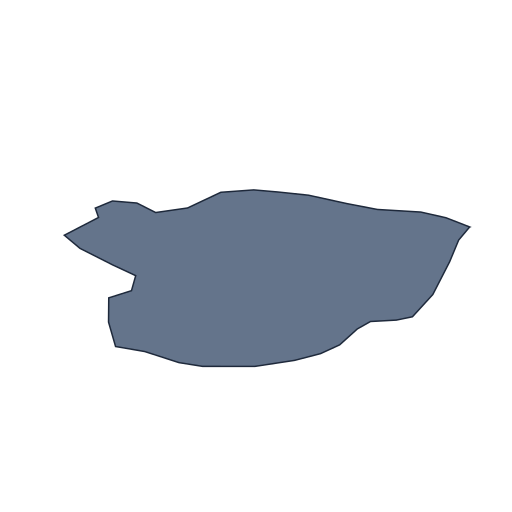 outline of Pano Polemidia, Limassol, Cyprus, rotated 310°
{"feature_id": "46923920B12019442550554", "entity_name": "Pano Polemidia", "entity_type": "district", "adm_level": 2, "iso_a3": "CYP", "parent_name": "Cyprus", "parent_adm1": "Limassol", "projection": "robinson", "projection_center": [32.992, 34.711], "detail": "fine", "context": "isolated", "style": "filled", "palette": "slate", "viewbox_px": 512, "rotation_deg": 310, "n_neighbors": 0, "source": "geoboundaries", "source_scale": "gbopen_adm2", "svg_char_len": 637}
<svg xmlns="http://www.w3.org/2000/svg" viewBox="0 0 512 512"><g transform="rotate(310 256 256)"><path d="M415.6,401.1L407.4,376.9L395.6,354.0L369.7,319.1L354.6,292.0L336.3,257.1L319.3,231.9L305.2,211.8L282.2,188.1L248.8,172.7L224.8,151.2L220.0,130.7L205.9,110.7L189.4,102.1L184.3,110.6L148.7,95.8L148.7,116.3L157.1,152.2L163.6,176.5L149.4,182.9L129.3,170.1L110.6,185.5L96.4,206.6L111.3,232.2L124.8,265.5L137.1,286.0L170.6,326.0L200.8,352.6L222.7,368.2L241.7,377.2L265.3,380.5L279.4,385.8L297.1,404.7L310.0,414.9L340.2,416.2L376.2,408.0L398.5,401.0L415.4,401.0L415.6,401.1Z" fill="#64748b" stroke="#1e293b" stroke-width="1.5"/></g></svg>